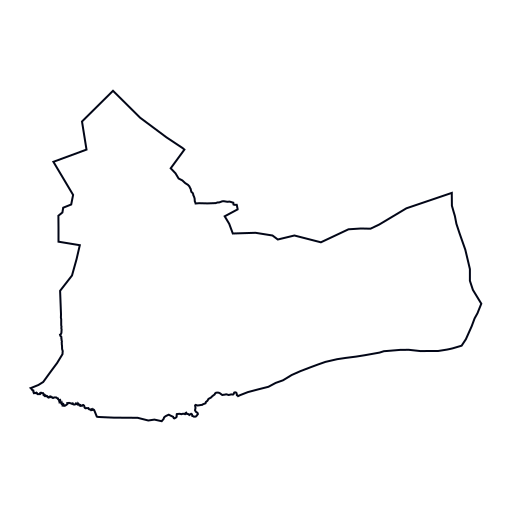 outline of Ise/Orun, Ekiti, Nigeria, rotated 270°
{"feature_id": "59680162B94034829608504", "entity_name": "Ise/Orun", "entity_type": "district", "adm_level": 2, "iso_a3": "NGA", "parent_name": "Nigeria", "parent_adm1": "Ekiti", "projection": "robinson", "projection_center": [5.354, 7.425], "detail": "fine", "context": "isolated", "style": "outline", "palette": "ink", "viewbox_px": 512, "rotation_deg": 270, "n_neighbors": 0, "source": "geoboundaries", "source_scale": "gbopen_adm2", "svg_char_len": 4905}
<svg xmlns="http://www.w3.org/2000/svg" viewBox="0 0 512 512"><g transform="rotate(270 256 256)"><path d="M208.3,481.3L222.1,472.9L231.2,469.9L239.0,469.9L242.9,469.9L249.3,468.4L262.3,465.3L274.8,460.9L279.1,459.4L288.2,456.4L295.9,454.9L300.3,453.6L306.3,451.9L316.7,451.8L319.1,451.8L303.7,406.4L287.4,379.1L283.3,370.5L283.5,360.9L282.7,348.5L269.7,320.9L276.5,294.4L272.5,277.8L276.5,272.5L279.2,255.5L278.5,232.8L288.2,229.2L295.7,224.7L302.4,237.2L302.6,237.6L303.2,237.6L304.9,237.2L305.6,237.1L306.6,236.9L307.2,236.7L307.1,236.1L307.2,235.4L307.2,234.3L307.5,233.5L309.3,233.3L309.7,231.9L310.1,230.7L310.4,229.4L310.2,227.4L310.8,223.8L310.7,222.2L310.0,220.4L309.5,218.9L309.6,218.1L309.5,217.4L308.9,215.7L308.6,207.6L308.8,199.0L308.5,195.6L309.0,195.5L310.7,194.8L313.5,194.6L315.4,194.0L316.8,193.3L317.8,193.2L319.1,192.6L320.1,191.4L321.4,191.0L323.0,190.7L324.4,189.9L325.6,189.4L327.2,187.9L328.9,185.2L331.6,182.3L333.5,178.6L338.7,175.5L343.7,170.7L362.4,184.4L363.8,182.8L374.7,166.4L394.3,140.1L421.2,113.0L390.5,82.0L362.4,86.5L350.2,53.4L317.1,73.1L307.5,71.2L304.3,63.2L299.5,62.4L296.3,58.4L283.7,58.5L270.3,58.5L266.8,79.8L253.0,76.6L236.5,72.0L221.2,60.1L197.7,61.0L194.3,60.9L192.8,61.2L186.8,61.2L185.2,61.5L183.9,61.3L182.6,61.6L179.1,61.4L177.1,60.5L177.1,60.1L176.7,60.2L176.1,60.4L175.5,61.0L175.2,61.3L174.2,61.4L173.7,61.3L172.9,61.6L172.1,61.5L171.0,61.8L170.2,61.9L169.3,61.7L168.5,61.8L167.5,61.8L166.3,62.0L163.0,62.1L161.0,62.7L160.4,62.7L159.8,62.6L157.9,62.5L156.7,61.8L154.4,60.4L150.3,57.9L149.1,57.2L147.1,55.7L143.6,53.1L140.9,51.1L136.5,47.9L130.0,43.2L127.0,38.4L124.0,31.0L123.9,30.7L123.2,31.4L122.2,32.1L121.7,32.5L121.6,33.3L120.8,33.5L119.9,33.7L119.3,33.8L119.3,33.7L118.8,33.9L118.9,34.5L119.1,35.5L118.8,36.0L119.3,36.5L118.8,37.1L117.9,37.6L117.9,39.4L118.5,39.8L118.1,40.3L118.4,40.6L119.2,40.8L119.2,41.6L118.8,42.4L118.8,43.1L117.9,43.4L117.6,44.1L117.2,44.8L116.6,45.1L116.4,44.3L115.8,45.0L115.9,45.7L116.2,46.3L116.1,46.8L115.8,46.8L115.4,47.1L115.1,48.3L114.6,48.2L114.4,48.6L114.8,49.6L115.2,49.2L115.5,49.8L115.6,50.5L115.5,50.8L114.8,51.2L114.8,51.9L114.5,52.7L114.1,52.7L114.0,53.1L114.3,53.7L114.6,54.7L114.5,56.3L113.7,57.3L113.5,58.0L112.8,58.1L112.4,58.6L111.6,59.1L112.1,60.1L111.7,60.3L111.1,59.8L110.4,59.4L110.0,60.0L109.5,59.8L109.4,60.6L109.2,60.9L109.7,61.6L109.2,61.7L108.8,61.8L108.3,61.5L107.7,61.8L107.8,62.2L108.4,62.5L108.2,63.2L107.8,63.4L107.3,63.7L107.0,63.3L106.7,63.0L106.4,62.9L106.4,63.5L106.6,63.7L106.5,64.0L106.2,64.1L106.2,64.8L106.5,65.3L107.2,66.5L108.1,67.5L108.9,67.3L109.0,67.9L109.1,69.2L108.5,71.3L108.3,71.8L108.1,72.1L108.2,72.4L108.6,72.4L108.7,72.7L108.4,72.9L107.8,73.1L107.6,73.4L107.5,74.0L107.5,74.7L107.7,75.4L108.0,75.5L108.3,75.7L108.6,75.8L108.6,76.2L108.4,76.5L108.1,76.3L107.9,76.8L108.3,77.0L108.3,77.6L108.1,77.9L107.7,77.7L107.4,77.8L107.4,78.2L107.8,78.4L108.2,78.4L107.9,78.7L107.4,78.8L107.3,79.2L106.8,79.4L106.9,79.9L107.0,80.3L106.8,80.4L106.6,80.0L106.4,80.0L106.2,80.1L106.1,80.5L106.5,80.9L106.4,81.8L106.2,82.0L106.5,82.3L106.9,82.7L107.0,83.3L106.3,84.1L105.5,84.4L105.0,84.5L104.6,84.5L104.1,84.9L103.7,85.6L103.9,86.3L103.8,87.4L103.9,88.4L103.2,88.8L102.8,89.0L102.4,90.2L102.7,91.2L102.1,90.9L101.8,91.1L102.0,91.9L102.1,93.0L102.5,93.4L102.0,94.1L100.4,94.8L95.4,96.8L95.1,97.8L95.0,99.2L94.8,103.4L94.3,114.8L94.3,121.2L94.2,137.6L91.5,148.3L92.4,154.4L90.8,161.7L92.0,162.7L93.2,163.7L94.4,164.0L95.1,164.6L96.1,166.1L96.8,167.6L97.3,168.8L96.3,170.7L95.2,173.1L94.2,173.6L93.8,173.8L93.6,174.4L93.9,175.0L94.2,175.5L94.8,176.4L95.7,176.7L96.3,176.7L96.6,176.7L96.8,176.6L97.9,176.8L98.0,177.5L98.1,178.4L98.2,179.4L98.0,180.8L97.8,181.3L98.2,182.7L98.2,184.1L97.8,185.1L98.1,185.6L98.9,185.6L99.3,186.2L98.1,187.0L97.8,188.6L97.0,189.3L97.5,190.1L98.2,191.1L97.6,192.0L96.0,192.3L95.8,193.2L95.3,194.0L95.4,195.1L95.4,195.7L96.1,196.5L97.9,197.9L98.8,197.7L99.5,197.0L100.3,195.8L101.8,195.0L104.0,195.5L106.6,195.1L107.1,195.7L106.5,197.5L106.7,199.1L107.0,200.9L107.2,202.3L107.7,202.9L108.7,205.5L110.0,205.9L111.2,207.4L113.1,208.5L114.4,210.9L115.9,212.4L116.8,213.6L117.6,214.7L118.5,215.0L119.3,216.1L119.4,217.5L119.3,218.7L118.7,220.0L117.7,221.3L117.0,222.3L117.2,223.5L117.4,225.0L117.7,226.2L117.4,227.4L117.0,228.7L117.4,230.3L117.6,231.2L117.5,232.2L117.5,233.1L118.1,233.7L119.4,234.2L119.7,235.1L119.3,236.3L117.8,236.8L117.0,236.8L116.7,237.0L116.4,237.8L115.9,238.1L116.9,240.2L119.9,247.9L122.6,258.1L125.2,268.4L129.1,275.7L131.7,283.0L137.0,291.7L140.9,300.5L144.8,310.7L147.5,318.0L150.1,325.4L152.8,337.1L154.1,345.8L155.4,356.1L156.8,364.9L159.4,379.5L160.8,383.9L161.1,388.0L162.1,400.0L162.2,408.8L160.9,420.6L161.0,427.9L161.0,438.1L162.4,446.9L162.8,448.9L163.4,451.6L163.7,452.8L166.3,461.6L172.8,465.9L179.3,468.8L185.8,471.7L193.6,474.6L198.8,477.5L201.1,478.4L208.3,481.3Z" fill="none" stroke="#020617" stroke-width="2"/></g></svg>